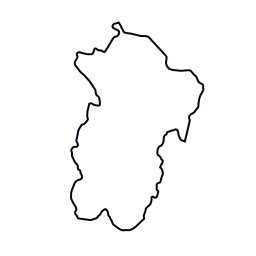 outline of Sukhothai, rotated 192°
{"feature_id": "THA-397", "entity_name": "Sukhothai", "entity_type": "Province", "adm_level": 1, "iso_a3": "THA", "parent_name": "Thailand", "parent_adm1": "", "projection": "natural_earth1", "projection_center": [99.709, 17.253], "detail": "fine", "context": "isolated", "style": "outline", "palette": "ink", "viewbox_px": 256, "rotation_deg": 192, "n_neighbors": 0, "source": "natural_earth", "source_scale": "10m", "svg_char_len": 4679}
<svg xmlns="http://www.w3.org/2000/svg" viewBox="0 0 256 256"><g transform="rotate(192 128 128)"><path d="M168.8,144.5L167.6,144.2L167.1,143.9L166.5,143.7L165.9,143.6L163.9,143.5L161.3,143.8L160.8,144.1L160.5,144.7L160.4,145.5L161.0,147.9L162.5,151.4L162.8,151.8L163.1,152.2L163.5,152.6L164.6,153.1L165.1,153.4L166.0,154.0L166.6,155.0L167.6,157.9L167.9,158.4L168.2,158.8L175.2,165.7L181.5,170.3L186.6,173.3L192.6,178.4L193.0,178.8L193.2,179.3L193.6,180.5L193.7,181.1L193.2,183.1L192.4,185.5L192.2,186.7L192.3,187.7L193.0,188.6L193.3,189.0L193.5,189.6L193.4,190.4L193.0,191.1L191.7,191.9L190.9,192.1L190.1,192.0L188.9,191.8L183.4,191.7L180.9,192.1L178.6,192.8L178.1,193.3L177.7,194.1L177.4,195.9L177.3,197.9L177.2,198.5L176.9,198.9L176.1,199.0L175.5,198.9L174.9,198.7L173.6,198.0L173.3,197.9L172.7,197.9L171.0,198.2L170.4,198.2L167.4,197.4L166.8,197.5L165.9,199.1L161.2,212.5L160.3,214.2L158.8,214.9L157.9,215.5L157.2,216.3L156.9,217.0L156.6,217.7L156.4,219.1L156.6,220.1L157.2,220.9L157.9,221.3L163.3,222.8L163.7,223.1L164.1,223.6L164.3,224.2L164.4,224.9L163.9,226.1L163.4,226.8L159.0,229.2L156.4,226.5L155.1,224.7L154.0,223.5L152.3,221.3L151.7,220.9L150.8,220.6L148.1,220.6L145.3,220.9L134.5,220.7L129.6,221.6L128.9,221.6L127.7,221.5L126.8,221.3L105.9,206.5L105.5,206.1L105.1,205.6L104.8,204.4L104.7,203.7L104.6,201.5L104.4,200.1L104.3,199.4L103.8,198.3L103.6,197.8L102.6,196.5L101.8,195.7L100.9,195.0L100.2,194.6L98.5,194.2L96.5,194.1L88.2,194.9L80.2,197.3L78.3,196.8L73.9,193.4L72.8,193.0L71.9,192.3L71.2,191.5L69.8,189.4L68.6,187.9L68.1,187.6L67.7,187.3L67.2,187.0L64.1,186.2L63.7,185.9L63.4,185.2L62.8,182.8L62.5,182.0L62.3,181.0L62.4,180.0L63.8,175.4L64.1,174.3L64.4,170.8L64.1,166.0L63.7,164.5L63.7,163.7L63.9,162.7L66.7,156.9L67.0,156.5L69.1,154.7L69.8,153.8L70.1,153.2L70.4,152.6L70.5,151.5L70.5,150.7L70.0,149.7L69.5,149.1L69.2,148.6L69.1,146.1L69.6,126.6L73.1,127.1L73.6,127.3L74.3,127.8L76.6,130.8L77.2,131.9L78.0,134.1L78.7,135.5L79.5,136.1L80.8,136.7L81.5,136.4L82.0,136.1L82.3,135.7L82.7,135.3L83.2,135.1L84.4,134.8L85.5,134.3L86.2,133.5L86.6,133.2L88.2,132.6L88.7,132.2L88.9,131.7L89.0,130.3L89.2,129.7L89.5,129.3L89.9,128.9L90.4,128.5L90.8,127.7L90.9,127.0L91.0,126.2L90.5,122.7L90.5,121.2L90.8,119.9L91.0,119.3L91.3,118.7L91.9,117.8L92.7,117.0L93.1,116.7L93.6,116.2L94.0,115.5L94.3,114.4L94.5,112.8L94.4,111.8L94.0,109.2L93.8,108.6L93.5,108.2L93.1,107.8L92.6,107.5L90.9,106.8L90.5,106.5L90.1,106.2L89.2,104.7L88.8,104.3L87.8,103.8L87.4,103.4L87.1,103.0L87.1,102.1L87.2,100.8L88.1,98.3L88.3,97.0L88.3,96.1L87.9,95.8L86.9,95.2L86.5,94.9L86.1,94.5L85.1,92.3L84.8,91.9L84.5,91.2L84.4,90.3L85.0,85.8L85.0,82.7L85.2,82.0L85.5,81.4L85.9,81.1L87.1,80.3L87.8,79.6L88.1,78.8L88.1,78.1L87.6,76.3L87.5,75.7L87.4,74.3L87.2,73.7L86.8,73.3L85.7,72.8L85.3,72.5L85.1,72.0L85.4,67.8L85.5,66.9L85.8,66.2L86.1,65.8L86.6,65.5L87.1,65.4L87.7,65.5L88.3,65.7L88.9,65.9L89.5,66.0L90.3,65.6L90.5,65.0L90.5,64.4L90.1,63.2L90.0,62.3L90.0,61.1L90.2,58.8L90.5,57.7L90.9,57.0L91.9,55.9L92.5,55.1L93.5,53.5L93.8,52.5L93.8,51.7L93.7,50.8L93.7,49.7L94.3,46.4L94.3,45.4L93.4,42.6L99.7,33.4L101.9,30.8L105.0,28.6L105.6,28.3L106.2,28.1L106.8,28.1L107.4,28.0L108.9,27.7L111.1,27.0L111.9,26.9L112.7,26.8L114.0,27.0L115.7,27.6L122.1,30.4L122.5,30.7L122.9,31.1L123.8,32.5L127.5,37.3L128.8,38.3L129.2,38.7L129.4,39.3L129.8,40.5L130.0,41.1L130.3,41.6L130.6,42.1L131.1,42.6L131.6,43.1L132.7,43.8L133.4,43.8L134.0,43.6L134.4,43.2L136.2,41.0L136.4,40.5L137.1,38.0L137.4,37.5L139.0,35.2L139.8,33.6L140.2,33.1L140.8,32.7L142.6,31.8L144.5,30.6L145.3,30.3L146.1,30.1L157.8,29.2L158.7,30.0L159.6,31.4L160.1,31.8L160.5,32.0L161.0,32.4L161.4,32.7L161.7,33.2L162.0,33.7L162.2,34.4L162.2,35.1L161.8,36.4L161.6,37.3L161.8,38.3L162.4,39.5L162.9,40.2L163.4,40.7L165.4,42.5L168.8,46.9L169.1,47.6L170.0,52.1L170.1,53.3L170.1,55.0L168.8,62.6L168.6,63.5L168.2,64.1L167.3,65.5L166.9,65.9L166.5,66.3L164.2,67.7L163.4,68.4L163.1,68.9L162.8,69.4L162.8,70.2L162.9,71.1L163.6,72.4L165.2,74.5L165.8,76.1L166.2,76.5L166.6,76.8L167.2,77.0L167.8,77.1L168.2,77.4L168.6,78.0L168.9,78.8L169.2,80.3L169.6,81.0L170.1,81.5L171.1,82.2L173.2,84.0L176.5,88.3L176.8,88.8L177.3,90.4L177.5,91.7L177.8,92.4L178.2,93.1L178.8,94.0L178.9,94.7L178.7,95.7L177.9,97.3L177.2,98.1L176.5,98.5L175.2,98.7L174.6,98.8L174.1,99.1L173.8,99.4L173.6,99.7L173.5,100.2L173.5,101.0L174.0,102.2L174.4,102.9L174.8,103.4L175.3,103.8L175.6,104.2L175.9,105.3L175.9,111.5L176.1,113.5L176.0,114.8L175.7,116.7L174.7,119.6L174.2,120.9L173.7,121.7L172.1,122.6L171.7,123.0L170.7,124.3L170.1,125.3L169.2,127.6L169.1,128.2L169.2,128.9L170.0,130.1L170.4,131.3L171.1,135.7L170.9,143.6L169.9,144.3L169.4,144.4L168.8,144.5Z" fill="none" stroke="#020617" stroke-width="2"/></g></svg>